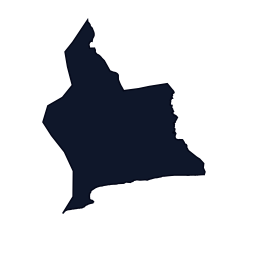 outline of Gomoa Central, Central, Ghana, rotated 12°
{"feature_id": "2480657B15531990631346", "entity_name": "Gomoa Central", "entity_type": "district", "adm_level": 2, "iso_a3": "GHA", "parent_name": "Ghana", "parent_adm1": "Central", "projection": "mercator", "projection_center": [-0.697, 5.353], "detail": "fine", "context": "isolated", "style": "filled", "palette": "ink", "viewbox_px": 256, "rotation_deg": 12, "n_neighbors": 0, "source": "geoboundaries", "source_scale": "gbopen_adm2", "svg_char_len": 5555}
<svg xmlns="http://www.w3.org/2000/svg" viewBox="0 0 256 256"><g transform="rotate(12 128 128)"><path d="M81.9,225.2L82.2,224.6L82.5,224.2L82.6,223.8L82.8,223.5L83.0,223.3L83.2,222.8L83.5,222.5L83.7,222.0L84.2,221.5L84.9,221.1L85.6,220.6L86.5,220.2L88.1,219.7L89.3,219.2L90.5,218.6L91.5,218.4L92.7,217.9L93.6,217.6L94.5,217.3L95.2,216.9L96.5,216.5L97.0,216.4L97.6,216.3L98.0,215.9L98.4,215.8L99.1,215.7L99.4,215.7L99.8,215.3L100.2,215.1L100.6,214.7L101.3,214.1L101.5,214.1L101.6,213.8L101.9,213.6L102.1,212.9L102.4,212.5L103.0,212.1L103.5,211.8L104.2,211.3L105.0,210.5L105.8,210.1L106.7,209.6L108.2,208.9L108.5,208.8L108.7,208.7L109.0,208.5L108.8,208.2L109.1,207.7L109.6,207.5L109.6,207.2L109.3,207.0L109.1,207.2L109.0,207.4L108.8,207.4L108.5,207.2L108.4,206.9L108.4,206.6L108.2,206.4L107.8,206.3L106.9,206.4L106.2,206.2L105.8,206.1L105.5,205.8L105.1,205.3L104.9,204.7L104.7,203.9L104.5,203.4L104.3,202.5L104.2,201.2L104.0,200.5L104.1,200.2L104.3,199.7L104.5,199.1L104.7,198.8L104.8,196.9L108.3,193.3L108.9,192.8L109.5,192.4L110.2,191.9L110.9,191.5L111.5,191.2L111.8,190.8L112.1,190.8L112.7,190.6L113.3,190.3L113.8,190.1L114.5,190.1L115.2,189.6L116.9,188.8L118.4,188.3L120.5,187.4L121.5,187.2L122.9,186.6L124.1,186.2L125.3,185.9L126.5,185.6L127.8,185.3L128.6,185.0L129.4,184.6L130.1,184.2L131.7,183.8L132.1,183.7L134.7,183.0L135.2,182.9L135.8,182.5L136.9,181.4L137.2,181.2L137.8,181.1L139.0,181.0L139.7,180.9L140.3,180.8L141.1,180.7L141.5,180.7L141.9,180.5L142.2,180.1L142.6,179.7L143.0,179.5L143.5,179.3L143.8,179.1L144.1,178.8L144.1,178.3L144.4,178.0L145.0,177.7L145.6,177.6L146.4,177.1L147.2,176.8L148.2,176.6L150.4,176.4L151.6,176.1L155.1,175.1L156.3,174.9L157.4,174.9L157.8,174.8L158.2,174.6L158.5,174.2L158.9,173.9L159.1,173.9L159.3,173.7L161.2,172.8L162.3,172.2L163.6,171.5L164.7,171.0L165.4,170.7L166.1,170.6L166.7,170.4L167.4,170.1L168.0,169.8L168.8,169.4L169.3,169.3L170.2,168.9L170.8,168.6L171.0,168.4L171.3,168.1L172.1,167.7L172.9,167.6L173.6,167.4L176.6,166.4L178.8,165.7L180.1,165.3L181.8,164.8L183.0,164.4L194.8,161.9L195.1,161.9L195.9,161.8L197.6,161.4L197.9,161.3L198.5,161.0L199.2,160.9L200.2,160.7L201.3,160.4L202.4,160.2L203.9,160.0L204.4,159.7L204.6,159.6L205.5,159.6L206.1,159.3L208.5,158.6L211.1,157.9L212.2,157.7L212.4,154.9L209.8,151.3L209.4,147.0L204.5,143.5L201.0,142.2L191.6,137.5L190.2,135.7L189.2,134.6L189.1,134.4L189.0,134.2L189.3,133.6L189.2,133.2L188.6,132.4L188.3,132.2L188.1,132.1L187.8,132.0L187.3,131.9L187.2,131.9L186.7,131.8L186.4,131.4L186.0,130.6L185.6,130.1L185.1,129.6L184.6,129.1L184.3,128.7L184.1,128.5L183.8,128.4L183.6,128.2L180.5,128.8L180.2,129.1L179.7,129.1L178.8,129.1L178.6,129.2L178.4,129.1L177.7,129.0L177.5,128.9L177.1,128.8L176.9,128.7L176.3,128.2L175.5,126.1L175.9,123.5L175.3,122.9L175.1,122.7L174.9,122.4L174.7,122.4L174.4,122.5L174.2,122.8L174.1,123.2L173.9,123.6L173.5,123.6L173.4,123.5L173.0,123.3L173.0,123.2L173.0,122.6L173.3,122.3L173.5,122.0L173.8,121.6L174.1,121.1L174.1,120.9L174.1,120.7L174.0,120.2L173.9,120.0L173.9,119.8L174.0,119.6L174.1,119.4L174.0,119.2L173.9,119.1L173.6,118.8L172.9,118.5L172.8,118.4L172.7,118.1L172.7,117.9L172.9,116.5L172.8,116.3L172.7,116.1L172.5,115.9L172.4,115.8L172.4,115.7L172.6,115.2L172.6,114.8L172.5,114.6L172.3,114.4L171.9,114.5L171.7,114.4L171.5,114.1L171.5,113.9L171.4,113.7L171.5,113.5L171.8,113.3L172.2,113.2L172.4,113.1L172.8,112.7L172.9,112.4L172.8,112.2L172.7,112.1L173.7,108.9L174.1,107.3L172.9,106.6L172.7,106.3L172.4,106.2L172.0,106.4L171.7,106.3L171.7,106.1L171.6,105.9L171.3,105.8L171.1,106.1L170.9,106.3L170.6,106.4L170.4,106.3L170.4,105.9L170.1,105.4L169.9,105.3L169.8,105.2L169.5,105.1L169.1,104.8L168.8,104.7L168.2,104.5L168.1,104.4L167.8,104.1L168.3,103.8L168.5,102.7L168.9,102.7L169.0,102.7L169.1,102.3L168.7,101.9L168.6,102.1L168.3,102.2L168.1,101.9L168.0,101.5L168.0,101.0L167.9,100.9L167.6,100.4L167.6,100.2L167.3,100.0L167.2,99.9L167.0,99.6L166.8,99.6L166.6,99.5L166.3,98.8L166.3,98.6L166.3,98.1L166.4,97.4L166.4,97.0L166.4,96.9L166.3,96.7L166.1,96.7L164.9,97.0L164.7,96.9L164.4,96.4L164.3,95.3L164.2,94.7L164.1,92.7L163.8,92.4L163.7,92.3L163.6,91.9L163.7,91.6L164.1,91.2L164.2,90.7L163.8,90.0L163.9,89.9L164.3,89.6L164.7,89.7L165.0,89.7L165.3,89.6L165.0,89.2L164.8,89.1L164.6,89.0L164.3,88.6L164.2,88.4L164.1,88.1L164.4,87.8L164.5,87.7L164.7,87.1L164.7,86.8L164.5,86.5L164.2,86.2L164.1,85.8L164.4,85.5L164.4,85.4L164.5,85.0L164.4,84.7L164.7,84.6L164.8,84.5L165.1,84.5L165.4,84.3L165.5,84.1L165.6,83.9L165.6,83.7L165.3,83.3L165.2,83.1L165.1,82.8L163.8,81.7L163.3,81.4L157.2,76.5L140.2,83.0L130.2,87.4L115.8,92.5L115.5,91.9L114.0,90.1L113.1,89.1L112.1,88.0L110.5,85.9L109.8,84.8L109.2,83.9L108.5,82.9L108.0,81.0L107.4,78.3L106.4,77.3L105.3,76.8L104.1,76.5L101.7,76.5L101.1,76.4L99.5,76.1L99.0,76.1L98.5,75.9L97.5,74.9L90.8,67.2L87.5,65.0L87.0,64.5L85.2,63.3L84.1,62.8L83.9,62.7L83.0,62.6L82.4,62.4L81.9,62.1L80.6,61.1L80.3,60.8L80.2,60.5L80.0,60.1L79.9,59.8L79.8,58.8L79.7,58.5L79.6,58.3L79.4,58.1L79.2,57.8L78.8,57.3L78.6,56.9L73.9,58.0L72.3,54.6L72.4,53.4L72.6,52.4L72.8,52.1L72.9,51.9L73.8,50.7L74.8,50.7L74.8,50.4L74.7,49.6L74.7,48.5L74.7,48.1L74.8,47.6L75.0,46.8L75.1,46.5L75.3,45.9L75.5,44.5L75.3,43.5L75.2,43.0L74.9,42.2L74.4,41.2L74.1,40.8L73.8,40.4L73.6,40.0L73.3,39.6L73.0,39.2L72.3,38.0L71.9,37.6L70.3,36.6L70.0,36.3L69.8,36.0L69.6,35.7L69.3,34.8L69.2,34.7L67.7,33.3L67.2,33.1L66.9,32.8L66.6,32.4L66.4,32.1L66.2,31.4L66.0,30.8L56.2,55.4L50.6,66.6L56.2,80.7L64.7,97.7L57.6,111.7L45.0,123.0L43.6,139.9L54.8,151.2L70.8,164.5L83.5,181.4L88.6,206.6L81.9,225.2Z" fill="#0f172a" stroke="#020617" stroke-width="1.5"/></g></svg>